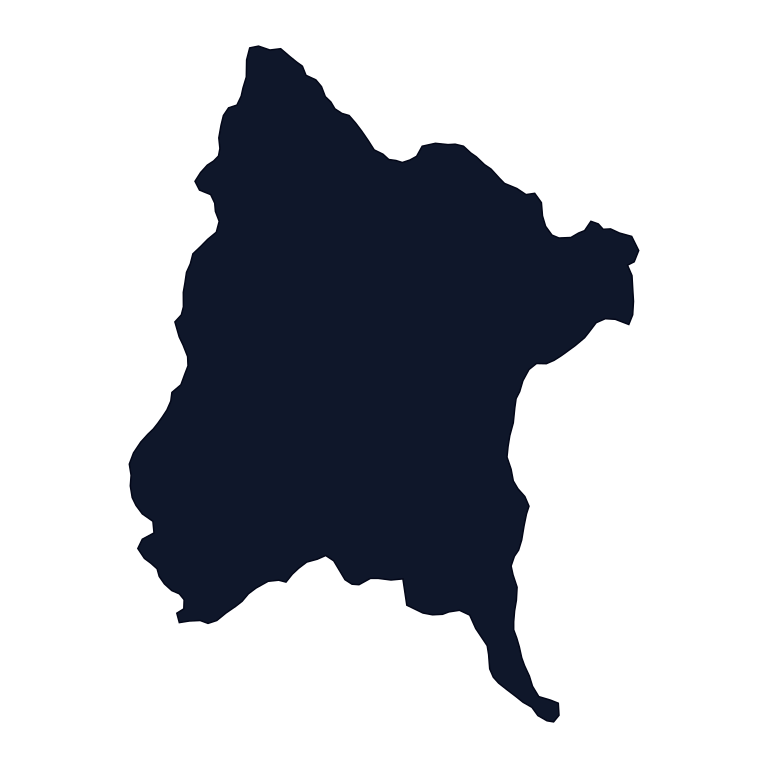 Tabapuã, São Paulo, Brazil (Natural Earth projection)
{"feature_id": "56859067B57595974254301", "entity_name": "Tabapuã", "entity_type": "district", "adm_level": 2, "iso_a3": "BRA", "parent_name": "Brazil", "parent_adm1": "São Paulo", "projection": "natural_earth1", "projection_center": [-49.021, -20.938], "detail": "fine", "context": "isolated", "style": "filled", "palette": "ink", "viewbox_px": 768, "rotation_deg": 0, "n_neighbors": 0, "source": "geoboundaries", "source_scale": "gbopen_adm2", "svg_char_len": 2793}
<svg xmlns="http://www.w3.org/2000/svg" viewBox="0 0 768 768"><path d="M541.4,202.6L534.7,193.3L526.0,194.6L516.9,188.5L510.6,185.9L504.5,183.4L499.3,178.1L491.1,169.1L484.5,164.6L476.3,156.8L470.7,152.9L463.5,146.2L455.2,144.2L448.0,144.6L435.4,143.3L422.2,146.2L416.6,156.3L409.9,160.0L402.3,162.5L396.0,160.5L388.8,159.5L383.0,154.2L374.2,149.9L368.2,140.5L361.6,130.9L355.6,123.0L349.1,115.5L341.9,113.4L334.9,108.8L330.9,102.0L325.3,96.6L321.5,86.6L315.9,79.9L306.0,75.3L302.4,66.2L296.6,62.0L289.8,56.5L280.7,48.7L269.9,50.0L258.5,46.1L249.7,47.9L246.6,59.9L246.3,77.0L243.0,87.9L241.2,96.1L236.9,105.1L228.6,107.8L223.4,115.5L221.0,125.4L218.8,137.9L219.9,148.5L218.5,156.0L213.6,161.0L207.3,165.1L200.6,172.5L195.0,181.3L199.5,190.1L210.7,194.6L214.7,203.1L215.4,211.4L219.2,221.3L216.3,232.2L207.7,239.3L200.3,246.8L192.9,253.8L190.3,263.9L186.5,272.3L184.9,283.1L183.3,292.3L183.4,306.8L181.3,314.9L174.9,321.9L179.2,336.9L183.1,345.1L187.6,356.5L188.0,365.8L184.7,374.4L180.9,384.8L171.9,392.4L170.8,401.1L166.9,410.0L162.3,417.0L157.8,423.3L153.3,429.0L147.9,434.2L140.8,442.0L133.5,452.9L129.3,464.1L131.1,475.3L130.3,485.9L132.2,497.6L136.0,505.4L142.3,513.9L152.9,521.3L154.0,532.9L142.3,539.2L137.8,548.5L144.4,558.4L150.7,563.1L157.1,568.8L159.2,576.4L164.4,583.9L171.8,590.6L179.3,593.8L184.1,599.7L183.8,608.8L176.8,613.2L179.3,622.6L189.4,621.0L200.2,620.5L208.0,623.4L216.8,620.5L226.0,613.0L235.7,606.3L242.1,601.3L248.4,593.8L256.1,588.0L268.1,581.3L278.7,580.2L286.0,582.1L292.3,574.2L298.6,568.3L306.7,562.1L317.3,559.2L325.7,555.5L333.7,560.8L345.0,579.7L352.0,584.2L359.0,584.7L370.4,578.4L378.3,578.4L391.0,580.0L402.9,578.9L406.8,605.2L416.3,609.8L422.9,613.0L432.5,614.8L442.6,614.3L448.9,611.9L459.5,610.3L469.7,615.1L475.7,628.5L487.2,645.7L488.6,654.5L489.7,668.9L493.3,677.2L498.6,683.1L507.2,689.9L516.0,696.6L523.1,702.3L531.9,707.3L537.9,715.6L547.0,720.8L553.6,721.9L559.0,715.3L558.3,703.2L550.5,700.1L538.8,696.6L532.5,686.2L529.4,676.1L524.5,665.5L521.7,657.7L519.3,646.8L516.8,638.2L513.7,629.8L513.7,621.8L514.6,610.9L516.4,600.2L517.1,587.2L513.0,574.7L511.1,566.0L514.4,556.3L518.6,550.1L521.7,540.0L524.1,525.6L526.5,513.9L529.0,506.2L524.9,496.6L517.9,488.7L513.3,480.9L511.1,469.2L507.0,457.1L508.1,446.2L509.8,435.7L513.3,422.8L514.8,407.9L516.1,398.6L519.7,391.6L522.9,380.7L529.0,369.5L536.5,363.5L546.3,363.7L554.1,360.3L561.3,355.7L567.8,351.0L575.2,345.6L584.6,337.7L589.5,331.5L596.2,322.7L605.3,318.7L615.3,319.3L628.8,324.5L632.7,314.8L633.5,301.4L632.8,289.9L632.0,275.6L627.5,265.2L634.2,261.8L638.7,250.5L631.7,236.4L619.4,233.0L610.6,228.9L603.2,229.3L598.3,223.9L590.9,221.3L584.6,230.6L578.6,233.0L570.9,237.5L559.0,238.0L552.0,235.1L545.6,226.3L542.5,215.9L541.4,202.6Z" fill="#0f172a" stroke="#020617" stroke-width="1.5"/></svg>